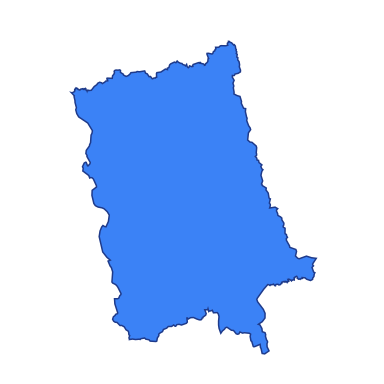 Minbu, Magway, Myanmar, rotated 187°
{"feature_id": "60261553B50567728635340", "entity_name": "Minbu", "entity_type": "district", "adm_level": 2, "iso_a3": "MMR", "parent_name": "Myanmar", "parent_adm1": "Magway", "projection": "orthographic", "projection_center": [94.405, 20.347], "detail": "fine", "context": "isolated", "style": "filled", "palette": "blue", "viewbox_px": 384, "rotation_deg": 187, "n_neighbors": 0, "source": "geoboundaries", "source_scale": "gbopen_adm2", "svg_char_len": 5948}
<svg xmlns="http://www.w3.org/2000/svg" viewBox="0 0 384 384"><g transform="rotate(187 192 192)"><path d="M67.6,119.4L63.6,118.6L61.7,119.9L61.7,121.2L60.7,123.0L60.7,125.3L60.2,126.9L61.5,127.3L63.7,131.8L62.4,133.5L63.3,134.3L63.5,135.3L60.6,141.3L65.3,141.3L70.6,142.3L77.5,138.8L79.0,139.1L81.5,141.1L81.0,145.8L81.9,147.6L88.2,149.0L88.7,150.5L92.4,155.5L92.7,157.3L91.7,158.6L92.8,160.1L93.1,161.3L94.4,161.9L94.7,162.6L95.2,167.4L97.1,168.2L97.4,169.3L96.9,170.4L97.0,172.3L99.4,175.3L99.7,177.1L101.1,178.1L103.9,179.2L104.4,181.1L105.8,183.4L105.9,184.5L104.9,185.9L107.7,187.1L113.0,185.6L112.6,188.0L112.8,189.3L113.9,190.4L113.4,194.7L114.2,194.8L114.9,195.7L116.2,200.2L118.8,203.0L118.8,205.0L123.1,207.0L123.5,208.2L124.0,208.5L123.2,211.6L125.6,217.0L125.2,221.0L124.3,222.8L125.5,223.5L126.8,225.8L125.9,227.4L129.1,229.4L129.8,231.5L131.3,231.6L131.9,233.6L133.5,235.0L132.4,236.2L132.5,237.7L133.0,238.5L133.2,243.8L133.9,245.5L138.5,248.6L140.5,248.6L143.1,250.4L143.2,257.6L141.4,261.0L142.1,262.7L143.8,264.6L146.4,269.5L146.3,272.1L146.8,272.6L148.8,278.2L148.9,281.3L151.0,281.4L153.9,286.1L153.9,287.9L156.0,292.7L159.0,293.2L162.3,294.4L162.4,296.2L163.7,300.5L163.4,302.3L164.6,305.0L163.8,308.0L166.0,310.9L166.1,312.6L164.6,312.6L164.1,313.0L163.7,314.3L160.7,315.4L158.6,317.1L158.7,318.9L160.3,322.0L160.3,324.2L161.2,327.1L162.7,328.7L162.9,331.0L164.0,331.4L163.9,334.2L165.0,334.9L164.6,336.5L165.5,337.6L165.4,338.8L166.1,339.6L166.8,342.2L167.9,343.3L168.3,342.8L171.0,345.0L172.1,345.1L173.3,346.0L174.2,346.0L174.1,344.8L174.9,344.2L175.0,343.5L174.4,342.0L176.4,341.2L180.7,340.8L181.7,340.5L183.1,338.9L186.2,338.5L185.7,337.0L186.4,336.4L186.7,334.7L187.8,334.1L188.3,331.9L189.0,331.4L192.7,331.7L194.0,331.4L194.0,330.7L191.8,326.5L192.3,326.2L192.2,323.4L193.3,321.7L194.0,321.2L194.5,319.5L195.0,319.3L195.0,319.8L196.2,320.5L199.5,320.8L199.1,321.2L199.4,321.6L201.3,321.2L206.4,318.7L206.8,317.3L206.5,316.7L207.5,316.4L209.8,316.9L210.1,315.7L210.9,314.9L212.1,315.9L212.9,318.0L213.8,316.4L214.9,317.1L216.6,317.4L217.7,318.4L218.8,318.3L221.3,319.1L222.7,320.2L223.7,318.4L225.3,318.8L228.8,316.6L229.7,315.4L230.1,312.7L231.5,311.9L231.3,310.5L233.4,310.8L237.5,307.3L241.4,306.2L241.7,305.2L241.1,301.6L241.8,301.4L242.3,300.6L243.5,300.6L244.8,299.6L245.3,299.6L247.3,301.6L248.6,301.2L250.8,303.8L252.6,304.3L253.7,306.4L258.9,304.9L261.2,304.9L261.9,304.2L267.2,303.0L268.0,301.4L269.6,299.7L271.5,298.7L274.2,299.7L274.6,300.6L277.6,302.0L277.8,304.0L278.6,304.4L280.3,303.9L282.3,303.8L283.5,303.2L284.0,302.4L283.5,300.8L284.0,299.2L285.0,297.7L285.0,295.1L289.9,294.7L290.3,294.5L290.2,293.7L289.6,293.4L289.2,292.1L291.1,291.6L292.1,290.3L294.2,288.7L295.1,289.4L297.0,289.7L298.9,288.4L299.5,287.0L301.9,284.8L304.3,280.7L307.8,279.9L307.9,280.4L308.3,280.2L308.4,279.6L308.6,280.1L309.2,279.9L309.7,280.4L309.8,281.3L310.4,281.3L310.5,281.8L311.5,281.3L311.6,280.6L312.5,280.6L312.9,281.3L315.3,280.4L315.7,279.5L317.7,279.9L318.0,280.7L319.7,281.2L319.7,280.5L320.4,280.4L320.5,279.3L320.9,279.3L320.8,277.4L323.1,275.8L323.8,275.9L320.5,273.1L320.7,272.3L319.3,268.5L319.0,266.6L317.0,261.6L317.4,259.4L315.9,255.7L313.6,252.7L303.9,247.8L298.3,240.7L298.4,238.1L299.1,236.2L298.7,228.6L299.4,226.5L299.4,225.2L302.0,220.5L302.0,217.2L300.6,215.5L300.6,214.4L296.6,208.9L296.7,207.6L298.4,205.2L298.9,205.3L300.6,208.5L301.2,208.6L302.5,207.6L303.8,203.7L302.9,202.4L302.9,199.5L296.5,195.8L295.2,193.4L294.3,194.0L292.8,193.9L291.5,192.9L287.7,186.7L287.4,185.3L291.3,181.5L290.9,176.4L288.0,168.6L286.4,166.8L285.4,166.3L283.3,165.6L279.2,165.3L277.1,164.6L273.7,162.1L271.3,159.0L271.4,152.5L273.1,147.0L274.7,147.1L276.3,147.9L277.4,146.2L278.5,142.1L278.7,136.4L273.3,121.6L268.5,116.8L264.8,114.4L266.9,113.2L264.2,108.5L262.8,107.1L261.0,103.0L260.5,92.9L259.7,92.0L256.7,90.9L255.3,89.9L253.8,88.2L250.1,82.6L250.1,81.4L251.0,80.4L251.8,77.6L252.8,77.0L255.9,76.6L254.9,71.5L251.1,63.2L251.1,62.2L253.0,61.2L253.2,60.2L254.8,58.6L255.3,56.0L254.0,54.2L252.4,53.4L250.5,53.4L247.2,50.7L245.5,51.0L242.8,49.9L240.7,47.2L238.5,46.2L237.9,45.4L237.2,42.6L236.3,41.9L236.8,39.7L236.4,38.5L235.8,38.4L235.9,38.0L233.1,38.8L230.1,38.7L226.4,39.5L225.5,39.3L224.8,40.2L221.2,41.3L220.0,40.3L216.7,40.1L215.4,38.9L209.6,39.2L208.8,39.7L208.6,42.9L207.4,45.3L207.7,46.8L206.4,48.3L204.3,49.8L203.6,52.1L200.5,53.8L199.2,55.6L195.8,56.1L194.0,57.8L192.4,56.7L191.8,56.8L190.9,58.5L188.7,59.1L186.2,58.7L181.6,61.0L180.8,62.3L181.7,66.3L181.2,66.4L180.2,65.5L178.1,67.1L175.2,67.6L171.7,66.5L169.2,66.0L167.5,66.2L166.8,67.0L166.6,68.1L165.8,68.5L165.8,69.2L163.4,71.4L163.1,73.1L165.0,76.7L162.1,77.0L161.9,78.1L160.8,75.4L160.0,76.2L159.0,76.2L157.4,77.1L156.0,74.7L152.2,75.4L151.0,74.1L150.0,71.6L149.9,67.2L149.4,63.2L148.5,59.9L146.2,55.3L144.9,57.8L143.0,59.8L142.4,61.1L141.3,61.9L140.5,61.9L136.1,59.6L133.9,59.6L130.8,56.6L129.2,56.4L128.1,57.0L127.4,58.9L124.6,58.1L122.9,58.7L117.9,58.8L116.5,58.1L116.7,55.8L115.4,51.5L114.5,51.0L112.4,46.2L111.7,45.9L110.3,46.5L105.8,49.1L105.1,46.0L104.4,45.1L102.7,40.3L100.1,40.2L96.2,43.7L98.6,47.5L99.1,50.6L98.7,52.2L98.9,53.0L100.1,54.5L101.5,57.8L101.5,59.5L102.4,61.3L105.2,61.9L106.0,65.1L108.4,68.4L110.0,68.8L106.5,71.8L104.2,75.8L104.7,80.5L106.9,84.2L113.5,91.0L114.6,93.3L114.2,94.6L109.0,104.2L105.5,109.4L104.3,109.3L103.2,108.7L102.5,109.7L101.5,109.6L99.8,110.5L98.6,109.2L97.7,109.1L97.6,110.2L97.1,110.6L95.4,110.9L94.4,110.3L92.9,110.9L92.4,112.0L91.8,112.2L91.6,111.5L92.0,113.3L90.7,113.7L90.6,114.2L88.6,114.6L88.6,114.0L87.6,114.5L87.4,114.2L86.5,114.8L86.3,114.1L86.0,114.6L85.0,115.2L85.4,116.3L85.5,116.0L86.1,116.9L84.5,117.2L82.4,115.9L82.2,116.7L81.1,116.8L80.5,117.6L79.8,117.3L80.1,119.4L79.4,119.6L79.3,120.3L77.8,121.1L76.8,119.7L77.0,119.2L75.5,118.4L74.5,118.8L74.0,118.5L73.4,119.3L72.4,119.4L71.9,119.7L72.2,120.5L69.4,120.6L67.6,119.4Z" fill="#3b82f6" stroke="#1e3a8a" stroke-width="1.5"/></g></svg>